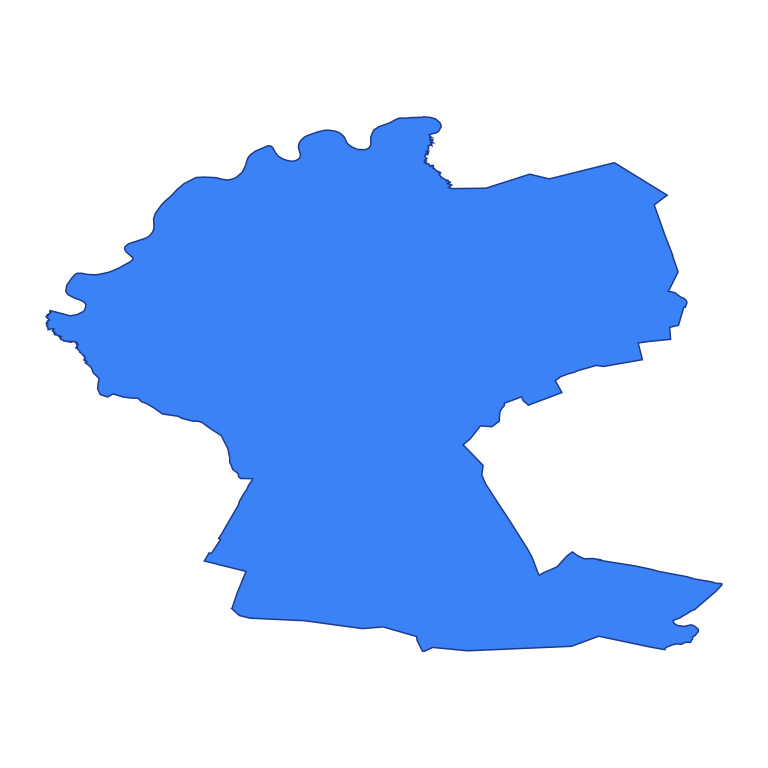 Brenguļu pag., Beverinas, Latvia
{"feature_id": "27541924B16745328743360", "entity_name": "Brenguļu pag.", "entity_type": "district", "adm_level": 2, "iso_a3": "LVA", "parent_name": "Latvia", "parent_adm1": "Beverinas", "projection": "equal_earth", "projection_center": [25.567, 57.531], "detail": "fine", "context": "isolated", "style": "filled", "palette": "blue", "viewbox_px": 768, "rotation_deg": 0, "n_neighbors": 0, "source": "geoboundaries", "source_scale": "gbopen_adm2", "svg_char_len": 5985}
<svg xmlns="http://www.w3.org/2000/svg" viewBox="0 0 768 768"><path d="M50.1,310.5L49.7,311.7L49.9,312.3L50.6,312.5L50.3,313.1L48.9,313.8L48.9,314.5L47.3,314.7L46.8,315.8L47.6,316.0L46.1,316.9L48.3,318.9L48.9,319.0L48.9,319.7L49.4,320.3L48.1,320.6L47.2,321.3L47.6,322.2L46.6,322.6L46.2,323.3L46.3,323.7L47.7,324.2L47.1,324.7L46.7,326.0L48.1,327.9L47.9,328.6L48.4,329.2L48.2,329.7L49.7,329.5L51.2,328.6L53.9,328.9L52.5,330.1L52.4,330.9L54.1,331.2L53.7,331.7L53.8,332.7L54.6,333.0L55.5,332.9L55.4,333.3L54.7,333.6L55.0,333.8L54.6,334.1L54.9,334.9L55.9,334.5L56.8,335.1L58.8,335.6L58.5,336.1L59.2,336.5L60.9,336.2L60.8,336.5L61.4,336.8L61.0,337.1L59.8,336.9L60.1,337.4L60.8,337.4L61.0,337.7L60.8,338.1L60.1,338.0L60.3,338.4L61.1,339.7L62.9,339.9L63.5,340.9L64.4,340.7L64.6,341.0L66.8,341.5L67.3,341.1L68.1,341.8L69.9,342.0L69.6,341.6L69.8,341.2L71.6,342.1L71.9,341.3L72.4,341.2L73.3,341.7L74.6,341.5L75.2,342.1L75.8,341.7L76.3,341.9L76.6,342.2L76.2,342.7L77.1,342.7L76.7,344.0L77.7,344.1L78.0,344.5L77.4,344.7L76.7,345.9L77.4,346.8L76.6,346.9L76.4,347.2L76.8,347.7L76.1,348.0L77.3,348.5L79.7,351.5L79.8,352.3L82.9,354.5L82.7,355.1L84.7,356.3L84.3,357.0L85.3,358.1L84.3,359.0L84.5,359.6L83.9,360.0L84.7,360.5L85.5,360.2L86.9,361.7L85.3,362.3L85.4,362.9L90.4,366.5L91.5,368.4L93.3,372.9L99.2,378.5L98.2,382.9L97.6,388.9L100.3,394.6L107.8,397.0L112.9,393.9L123.5,397.1L133.1,398.2L137.8,398.1L141.6,401.8L146.5,403.5L154.2,408.1L162.4,414.0L178.4,416.3L181.4,418.2L192.3,421.1L197.9,421.2L201.9,422.4L210.3,428.5L221.2,435.6L227.9,448.7L229.8,458.3L229.6,462.1L231.5,466.0L232.6,469.3L238.2,473.7L238.5,476.4L240.4,478.5L252.5,478.7L252.0,480.3L248.6,485.3L246.6,489.9L244.8,492.1L239.6,500.9L238.2,505.3L221.2,534.6L218.6,538.5L220.6,539.4L220.5,539.6L211.4,553.4L209.2,552.8L204.3,561.0L246.0,571.4L237.1,593.2L232.0,608.4L231.7,608.5L239.3,615.5L250.1,618.2L304.3,620.7L362.4,628.6L383.2,626.9L416.2,636.4L416.7,637.1L417.1,640.4L422.5,651.2L424.6,651.2L431.9,647.8L432.2,647.4L467.8,650.8L571.5,646.3L598.7,636.2L649.0,646.8L664.8,649.7L665.8,647.8L666.5,647.2L672.2,644.9L677.0,643.8L681.2,644.4L684.6,642.6L688.1,642.1L689.1,642.5L690.4,642.4L692.5,638.8L692.8,637.0L695.5,635.2L696.6,633.4L698.1,632.0L698.5,630.4L698.1,629.0L694.2,625.9L691.8,625.0L690.6,624.9L684.0,626.4L677.2,625.4L674.1,623.4L673.7,622.6L673.2,620.4L680.0,617.8L692.2,610.4L694.5,609.7L715.7,591.5L721.9,584.9L721.8,583.7L714.3,583.0L713.0,582.1L694.6,579.0L686.9,576.7L658.6,571.4L651.9,569.5L635.9,566.1L599.7,560.3L600.5,559.8L592.7,558.5L584.4,558.8L577.4,555.6L572.4,551.9L567.0,555.9L557.0,566.9L543.4,572.8L539.4,575.1L538.7,574.6L531.8,556.7L527.3,548.7L511.4,523.4L485.8,484.3L481.8,475.0L483.1,465.4L463.1,444.8L470.4,438.7L480.4,425.9L491.8,426.7L499.4,421.1L499.4,417.6L499.9,411.8L502.0,408.2L504.4,405.7L504.2,403.3L520.6,397.2L521.7,397.1L523.2,400.7L526.8,403.6L528.2,405.2L561.9,392.6L555.3,380.7L560.8,376.6L568.8,373.7L574.2,372.3L578.6,370.4L596.5,365.4L603.3,366.5L642.4,359.7L638.2,343.0L648.5,341.5L670.6,339.3L669.7,327.3L678.5,325.3L683.7,307.5L684.3,307.1L685.3,307.2L686.7,303.5L686.9,302.1L686.0,300.2L684.1,298.4L680.6,297.0L675.0,292.8L671.6,291.8L668.4,291.4L678.1,271.9L672.4,255.5L672.7,255.3L665.1,235.7L654.2,204.9L667.2,195.2L614.4,162.7L549.3,178.9L529.7,174.2L485.9,188.2L452.1,188.6L448.6,187.4L451.7,185.0L447.2,183.7L447.1,183.3L448.9,183.3L449.2,182.8L450.3,182.5L450.3,182.2L448.4,181.9L448.2,181.6L448.5,181.1L448.1,180.3L447.2,180.1L446.4,180.8L446.2,180.5L446.6,180.1L445.5,179.9L443.6,178.4L441.3,177.5L441.4,176.9L439.3,175.0L439.7,174.7L439.1,174.1L439.3,173.6L440.5,173.1L439.8,172.8L439.8,172.1L438.2,172.0L438.2,171.3L436.6,171.3L436.0,170.0L434.0,168.4L432.9,168.2L433.5,167.4L433.0,166.7L433.4,165.5L431.9,165.3L431.4,166.4L430.5,166.6L430.0,166.3L430.2,165.6L429.0,164.8L428.9,163.9L428.4,163.8L427.8,164.3L426.8,163.6L426.1,163.6L425.8,163.2L426.3,162.5L424.6,162.6L424.3,162.1L424.6,161.9L424.5,161.2L426.1,160.7L425.2,159.8L426.9,158.6L425.1,156.7L424.7,156.1L424.8,155.3L425.6,154.7L427.4,154.6L426.4,153.8L427.8,153.4L427.1,152.8L428.4,152.4L428.7,151.6L426.9,152.1L426.4,151.3L427.3,151.2L428.6,148.9L428.6,147.7L428.2,147.4L428.1,146.7L428.6,146.4L428.3,145.7L429.8,145.3L430.1,144.8L431.8,145.7L431.4,144.7L431.8,144.0L431.7,143.6L431.1,143.5L430.7,142.6L433.1,142.7L430.9,141.3L431.0,141.0L432.5,140.7L433.0,139.4L432.2,139.4L432.0,140.3L431.7,140.4L429.9,140.0L430.0,139.4L430.7,139.0L429.9,137.7L431.6,137.3L431.0,137.1L429.2,134.8L429.9,134.8L430.6,134.3L436.6,132.7L438.6,131.3L441.2,126.8L440.9,124.8L439.9,122.6L435.7,119.0L430.7,117.5L423.5,116.8L422.3,117.3L410.5,117.6L408.2,118.0L402.4,118.2L400.0,117.9L395.9,119.5L389.3,123.0L378.5,126.9L374.0,129.9L372.2,133.3L370.7,137.6L370.8,143.0L370.7,144.8L370.2,146.1L369.3,147.4L367.2,149.0L364.2,149.7L357.5,149.4L351.5,146.8L347.3,143.5L344.1,136.9L342.9,135.5L340.0,133.2L337.8,132.0L334.0,130.9L327.4,130.1L324.8,130.3L317.8,131.9L308.6,135.1L305.4,136.5L303.5,137.8L300.6,140.6L299.0,143.5L298.4,147.4L300.3,154.1L300.3,156.4L299.4,158.1L298.5,159.0L296.1,160.4L294.6,160.9L291.5,161.2L287.3,160.5L282.7,158.9L279.1,156.7L277.3,155.1L274.7,151.4L273.0,147.9L271.8,146.8L270.7,146.0L267.9,145.8L255.3,151.2L250.7,154.6L249.1,156.3L247.9,158.0L246.4,162.2L245.9,164.6L242.4,172.0L237.2,176.7L233.6,178.7L229.2,179.8L226.6,179.9L221.7,179.2L216.4,177.7L204.6,177.1L196.1,177.5L183.8,183.8L177.2,189.5L170.4,196.6L164.9,201.3L161.7,204.6L156.4,211.8L155.2,213.8L153.6,218.7L154.0,226.8L153.4,230.2L152.8,231.7L150.9,234.3L148.6,236.5L145.1,238.4L128.4,243.8L125.0,246.8L124.6,248.3L125.1,250.4L126.7,252.5L131.8,256.7L132.9,258.0L132.7,259.5L130.1,261.8L118.2,268.4L110.8,271.5L107.3,272.6L99.1,274.4L94.7,274.8L87.4,274.4L81.8,273.3L77.2,273.3L74.7,274.8L71.8,278.0L66.7,285.4L65.8,291.0L67.0,293.5L68.3,294.8L74.3,298.0L80.6,300.2L83.9,302.1L85.1,303.5L85.8,304.7L85.5,307.3L84.8,309.8L83.3,311.6L76.8,314.7L70.1,315.8L50.1,310.5Z" fill="#3b82f6" stroke="#1e3a8a" stroke-width="1.5"/></svg>